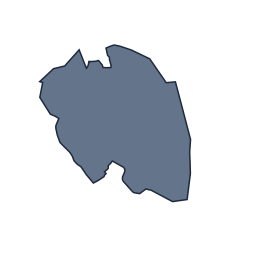 outline of Osogbo, Osun, Nigeria, rotated 237°
{"feature_id": "59680162B73238408569532", "entity_name": "Osogbo", "entity_type": "district", "adm_level": 2, "iso_a3": "NGA", "parent_name": "Nigeria", "parent_adm1": "Osun", "projection": "mercator", "projection_center": [4.558, 7.753], "detail": "fine", "context": "isolated", "style": "filled", "palette": "slate", "viewbox_px": 256, "rotation_deg": 237, "n_neighbors": 0, "source": "geoboundaries", "source_scale": "gbopen_adm2", "svg_char_len": 1337}
<svg xmlns="http://www.w3.org/2000/svg" viewBox="0 0 256 256"><g transform="rotate(237 128 128)"><path d="M215.0,79.2L212.6,81.2L201.7,70.7L181.9,70.4L177.9,73.1L173.7,75.2L169.2,68.7L167.0,67.3L160.7,64.9L153.0,63.1L145.9,64.5L139.8,65.9L135.1,66.0L129.9,64.9L125.6,65.6L121.1,67.4L115.3,67.6L111.9,67.6L100.7,69.0L100.3,73.2L100.2,77.6L100.3,81.4L101.5,83.2L101.6,84.7L102.7,84.7L104.2,84.4L104.3,86.6L104.7,88.7L105.0,89.5L107.1,90.9L107.6,92.9L107.7,93.7L107.9,94.1L108.0,95.0L108.8,96.4L108.8,96.9L97.8,102.7L95.7,103.0L94.1,102.2L93.2,101.6L90.0,96.8L88.4,95.6L87.3,95.2L85.9,95.0L83.4,95.4L74.5,96.7L71.4,97.3L70.1,98.2L69.0,99.4L66.6,102.0L67.1,109.8L64.1,112.6L63.8,113.2L42.0,125.3L35.8,138.6L55.8,155.5L66.3,161.9L74.2,166.6L84.3,174.2L114.2,184.1L140.9,192.9L145.2,184.7L174.2,183.9L191.7,173.2L201.1,165.7L205.1,161.7L206.1,158.2L206.5,156.1L207.0,153.1L201.1,150.8L200.0,150.5L197.8,150.8L196.9,150.7L195.5,149.7L193.8,149.2L190.6,148.2L189.0,147.5L188.0,146.5L188.5,145.8L190.1,143.1L192.3,140.0L194.9,140.7L198.6,140.3L200.1,140.2L201.0,139.6L201.2,138.2L201.6,137.1L201.9,136.8L202.2,136.1L204.2,132.6L204.6,132.3L204.2,131.6L204.9,131.3L203.0,129.5L201.9,128.3L201.7,127.4L201.1,126.5L200.7,125.8L200.7,125.6L220.2,129.6L214.5,108.7L218.3,97.8L215.0,79.2Z" fill="#64748b" stroke="#1e293b" stroke-width="1.5"/></g></svg>